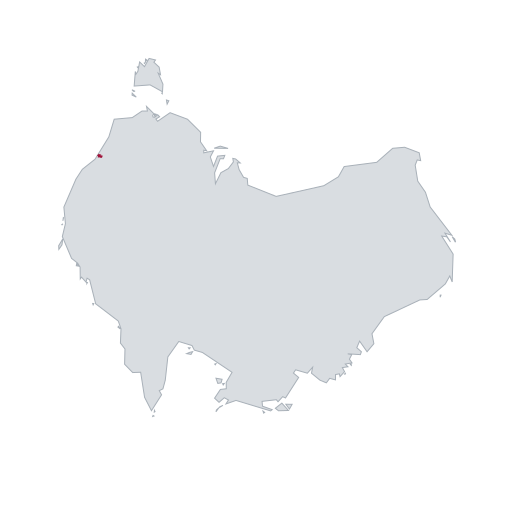 location of Liverpool, New South Wales, Australia, rotated 190°
{"feature_id": "25037944B81685478885528", "entity_name": "Liverpool", "entity_type": "district", "adm_level": 2, "iso_a3": "AUS", "parent_name": "Australia", "parent_adm1": "New South Wales", "projection": "albers", "projection_center": [150.793, -33.953], "detail": "fine", "context": "in_parent", "style": "filled", "palette": "rose", "viewbox_px": 512, "rotation_deg": 190, "n_neighbors": 0, "source": "geoboundaries", "source_scale": "gbopen_adm2", "svg_char_len": 4588}
<svg xmlns="http://www.w3.org/2000/svg" viewBox="0 0 512 512"><g transform="rotate(190 256 256)"><path d="M341.2,97.5L349.4,121.5L357.2,119.8L366.6,126.6L368.9,141.7L374.4,146.7L376.3,160.8L380.3,168.0L405.6,181.1L415.7,203.7L418.5,204.8L418.9,200.8L424.2,204.9L425.1,202.9L427.3,214.5L430.4,218.0L437.2,221.6L450.1,241.5L449.3,254.7L453.7,270.8L446.7,300.4L442.1,311.2L431.3,323.4L421.6,347.8L419.4,366.1L401.9,370.8L393.4,379.0L388.1,379.9L389.8,384.3L381.0,378.2L382.2,376.6L381.5,375.0L379.9,375.0L377.3,378.0L375.1,376.4L378.4,373.5L376.3,371.6L365.5,382.2L347.2,378.8L332.0,368.2L330.5,358.8L322.9,351.1L325.8,351.1L325.4,348.5L316.1,352.2L318.2,345.6L313.4,336.8L311.2,347.7L304.2,349.7L304.9,346.1L308.2,345.6L311.2,330.7L308.5,320.1L305.0,332.0L298.4,337.3L294.6,344.7L295.8,348.1L292.9,348.0L287.7,344.9L290.6,344.5L287.6,338.1L281.9,331.3L278.1,330.9L276.4,324.4L246.5,318.2L201.4,337.0L188.6,348.3L184.7,359.4L153.4,369.2L140.1,385.8L128.5,388.9L113.2,386.0L110.4,378.5L113.9,378.6L115.0,373.1L109.7,357.8L100.2,348.2L93.0,334.5L66.7,310.4L73.9,311.3L66.9,303.6L71.4,308.0L76.6,307.9L62.2,292.1L58.3,264.5L61.7,270.0L64.7,261.4L79.9,242.9L87.0,241.2L119.1,218.6L128.3,199.6L124.7,190.1L130.0,181.0L139.2,190.2L140.8,183.2L135.6,180.0L136.1,177.0L148.7,175.6L144.6,175.5L146.1,170.6L142.9,167.4L149.3,165.1L146.2,162.9L151.6,161.1L148.7,157.5L152.3,151.8L153.4,154.4L157.1,153.1L156.2,147.8L162.2,148.3L164.7,143.3L171.4,144.8L181.0,150.2L180.9,156.3L185.1,149.5L197.2,150.8L198.8,147.2L192.9,143.8L202.3,121.3L205.3,122.1L209.0,116.3L211.0,118.0L224.8,113.9L223.5,109.2L213.4,107.5L214.7,106.0L250.6,110.3L259.9,105.1L258.1,109.4L262.6,110.9L267.0,105.5L272.1,108.8L267.9,118.4L262.2,120.1L263.4,126.4L259.4,137.3L292.0,151.7L300.4,152.6L303.5,156.7L317.2,158.4L325.3,141.3L323.8,117.9L324.6,109.0L327.9,106.6L324.9,102.9L332.1,85.5L341.2,97.5ZM376.6,401.5L390.0,406.1L405.5,402.2L406.9,416.8L405.8,414.2L404.4,417.3L404.3,426.9L398.7,423.1L395.6,432.0L389.0,431.6L390.2,429.1L384.2,425.2L381.5,417.9L384.1,419.1L377.5,409.1L376.6,401.5ZM197.2,109.5L207.0,107.5L210.5,109.4L205.0,115.6L197.2,109.5ZM302.2,357.1L315.9,354.9L310.3,358.0L302.2,357.1ZM271.5,123.9L274.2,128.7L268.0,128.7L268.4,125.0L271.5,123.9ZM449.3,239.2L449.0,233.3L451.3,228.3L452.1,231.9L449.3,239.2ZM401.5,391.7L406.0,392.9L406.2,394.9L401.5,391.7ZM196.5,111.1L200.9,115.2L194.7,116.2L196.5,111.1ZM371.3,394.1L368.8,393.7L369.9,390.1L371.3,394.1ZM307.3,147.8L304.6,149.6L301.8,150.8L302.9,147.8L307.3,147.8ZM66.2,309.1L63.2,307.2L62.0,304.7L62.3,304.5L66.2,309.1ZM405.3,396.9L407.0,398.2L403.7,397.2L405.3,396.9ZM429.2,215.2L431.3,215.2L431.3,217.9L429.2,215.2ZM377.0,160.6L379.6,162.0L379.2,162.9L377.0,160.6ZM398.7,428.4L399.0,430.7L397.4,430.0L398.7,428.4ZM452.3,257.1L452.4,260.4L452.2,260.3L452.3,257.1ZM222.2,104.5L220.3,103.5L221.2,102.6L222.2,104.5ZM268.2,97.5L266.1,100.3L268.4,95.6L268.2,97.5ZM452.7,253.1L451.7,254.2L452.4,253.0L452.7,253.1ZM277.9,142.4L276.7,143.1L277.2,141.8L277.9,142.4ZM266.7,124.5L265.1,125.0L265.9,123.3L266.7,124.5ZM67.5,247.4L67.8,249.5L67.0,249.6L67.5,247.4ZM329.1,84.6L329.2,86.3L328.4,85.2L329.1,84.6ZM380.0,375.9L380.4,377.0L379.9,376.7L380.0,375.9ZM265.6,101.1L262.6,103.2L265.6,100.6L265.6,101.1ZM148.3,155.1L147.4,156.6L147.8,155.0L148.3,155.1ZM399.6,426.6L398.8,427.1L399.2,426.2L399.6,426.6ZM306.6,153.9L304.9,154.1L305.7,152.9L306.6,153.9ZM144.3,165.5L143.6,166.4L143.1,164.9L144.3,165.5ZM405.7,421.5L404.5,422.2L404.9,420.8L405.7,421.5ZM329.9,80.0L329.7,81.1L328.7,80.7L329.9,80.0ZM379.4,377.4L380.7,378.4L378.7,378.2L379.4,377.4ZM408.6,180.9L407.5,181.0L407.9,179.6L408.6,180.9ZM418.0,200.6L417.4,200.6L417.8,199.5L418.0,200.6ZM377.0,399.7L376.8,400.6L376.4,399.5L377.0,399.7Z" fill="#d9dde1" stroke="#a8b0b8" stroke-width="1"/><path d="M427.0,327.6L427.2,327.8L427.3,327.8L427.3,327.7L427.5,327.7L427.8,327.5L427.9,327.8L427.9,328.0L427.7,328.2L427.6,328.3L427.8,328.3L428.2,328.4L428.2,328.2L428.4,328.2L428.5,328.1L428.5,327.9L428.6,327.7L428.4,327.5L428.4,327.4L428.4,327.2L428.5,327.2L428.4,327.1L428.3,326.9L428.2,326.9L428.1,327.0L428.1,326.9L428.0,327.0L428.0,326.9L428.0,327.0L428.0,326.9L427.9,326.9L427.9,327.0L427.7,327.0L427.7,326.9L427.4,326.8L427.4,326.7L427.2,326.6L426.9,326.7L426.7,326.7L426.1,326.5L425.9,326.5L425.4,326.6L425.4,326.9L425.4,327.0L425.5,327.0L425.4,327.2L425.2,327.2L425.3,327.2L425.3,327.3L425.2,327.4L425.2,327.5L425.3,327.5L425.5,327.5L425.6,327.4L425.6,327.5L425.6,327.4L425.8,327.4L426.0,327.4L426.3,327.3L426.5,327.4L427.0,327.4L427.1,327.5L427.0,327.6Z" fill="#f43f5e" stroke="#9f1239" stroke-width="1.5"/></g></svg>